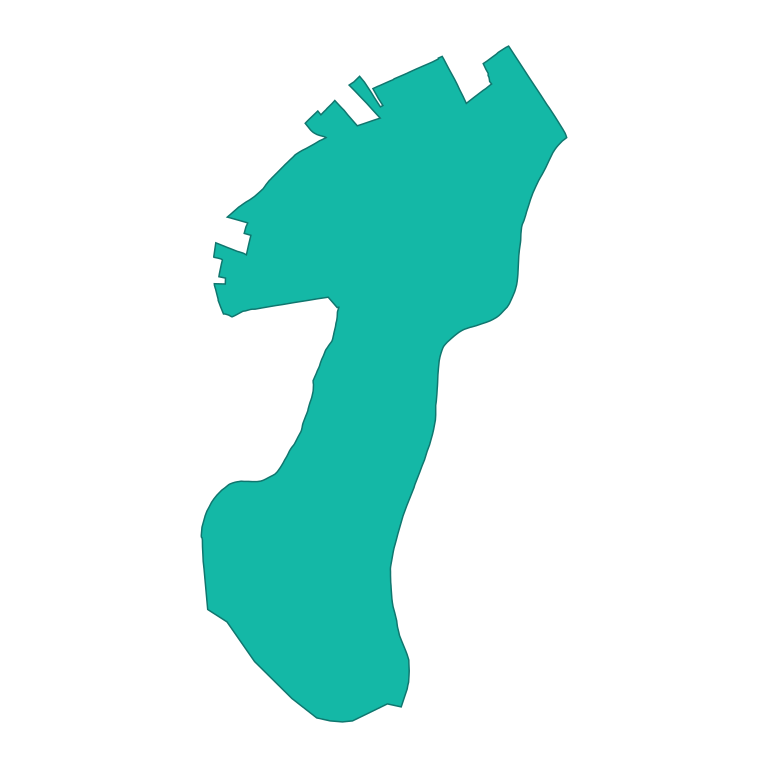 the district of Kim Son, Ninh Bình, Vietnam
{"feature_id": "81297802B55928452292311", "entity_name": "Kim Son", "entity_type": "district", "adm_level": 2, "iso_a3": "VNM", "parent_name": "Vietnam", "parent_adm1": "Ninh Bình", "projection": "albers", "projection_center": [106.082, 20.036], "detail": "fine", "context": "isolated", "style": "filled", "palette": "teal", "viewbox_px": 768, "rotation_deg": 0, "n_neighbors": 0, "source": "geoboundaries", "source_scale": "gbopen_adm2", "svg_char_len": 6031}
<svg xmlns="http://www.w3.org/2000/svg" viewBox="0 0 768 768"><path d="M566.7,137.6L565.9,135.2L565.1,133.2L562.7,129.0L554.9,116.5L549.2,107.8L546.9,104.6L541.3,95.9L529.1,77.5L523.0,68.1L516.6,58.3L509.5,47.4L508.6,46.1L505.8,47.5L503.3,49.1L499.4,51.6L498.1,52.5L496.4,54.1L491.9,57.4L486.8,61.2L483.2,63.6L485.9,69.3L488.2,73.4L488.1,75.5L488.2,75.8L488.9,77.1L489.2,78.5L489.5,80.4L489.6,81.4L489.9,81.8L491.6,84.0L490.0,85.2L487.5,87.2L485.8,88.6L483.1,90.4L473.7,97.6L466.3,103.4L463.1,96.5L459.5,89.4L457.3,84.6L454.6,79.3L449.0,69.1L443.7,59.0L442.2,56.4L438.3,58.1L438.4,58.7L438.2,59.0L437.9,59.2L432.4,62.0L429.0,63.5L424.8,65.3L422.7,66.2L417.9,68.3L417.4,68.5L411.2,71.3L404.5,74.4L394.2,78.8L392.9,79.8L390.2,80.9L385.9,82.8L379.2,85.8L378.1,86.2L372.9,88.6L378.4,98.5L382.9,105.5L380.4,106.9L374.3,97.5L371.4,92.7L364.5,82.2L359.6,76.3L353.8,82.0L351.9,83.2L349.1,85.1L355.1,91.2L360.7,97.1L366.6,103.2L371.9,109.1L377.3,115.0L380.2,118.1L373.5,120.3L364.5,123.4L357.3,125.8L347.7,114.8L344.1,110.3L341.8,108.0L340.0,106.1L334.8,100.5L332.0,103.6L327.1,108.4L325.9,109.8L324.3,111.3L320.9,114.8L317.8,111.0L309.0,119.4L306.9,121.5L305.2,123.3L310.5,129.9L311.6,131.0L313.2,132.4L314.5,133.2L316.9,134.5L319.8,135.5L324.4,136.7L325.7,137.3L326.1,137.6L322.2,139.6L319.5,140.8L314.9,143.6L312.8,144.8L305.9,148.6L302.4,150.3L299.0,152.3L295.3,154.7L292.8,157.3L290.6,159.3L286.8,163.0L285.4,164.3L279.1,170.7L271.5,178.3L270.9,179.0L270.1,179.8L269.3,180.5L268.2,181.9L265.9,184.8L265.5,185.4L264.7,186.6L263.8,187.8L263.1,188.8L262.4,189.4L259.3,192.3L254.5,196.5L250.8,199.1L249.5,200.0L246.2,201.9L242.1,204.7L241.4,205.3L238.7,207.1L234.4,210.9L227.3,217.1L239.5,220.5L242.2,221.3L246.8,222.6L247.7,223.0L246.7,225.3L246.1,226.4L245.8,227.3L244.4,232.6L244.2,233.4L250.9,235.3L248.7,244.4L246.4,254.8L243.3,253.2L241.8,252.7L239.0,251.8L237.4,251.4L230.1,248.5L228.2,247.8L215.8,242.8L213.8,256.5L213.8,257.1L214.0,257.3L217.9,258.1L220.5,258.8L221.7,259.3L222.1,259.6L222.4,260.0L221.5,263.5L219.4,273.6L218.9,276.7L225.5,278.1L225.3,284.0L217.2,283.8L214.3,283.7L214.4,285.1L215.1,287.7L215.6,289.2L217.2,295.6L218.1,299.0L218.2,300.5L218.7,301.8L220.6,306.9L223.5,314.0L224.1,314.0L225.0,314.0L225.8,314.2L226.8,314.5L228.1,314.9L228.9,315.2L231.5,316.7L232.0,316.8L232.3,316.8L232.9,316.5L234.0,316.0L235.8,315.1L239.3,313.2L242.3,311.6L242.6,311.4L243.2,311.2L243.9,311.1L245.4,310.9L247.5,310.3L250.3,309.5L251.5,309.3L252.3,309.2L253.8,309.2L255.5,309.1L262.1,307.9L275.5,305.6L282.2,304.6L294.5,302.5L308.5,300.3L317.4,298.8L328.2,297.2L337.1,307.5L338.5,307.3L338.8,307.3L338.6,308.0L338.2,309.4L338.0,310.2L337.7,310.9L337.4,312.2L337.4,312.7L337.2,316.8L337.1,317.6L336.8,319.8L336.5,321.3L336.0,323.1L335.8,324.5L335.5,326.5L335.2,327.8L334.8,329.4L334.5,330.7L334.2,331.9L333.8,333.6L333.7,334.4L333.3,336.0L332.8,338.4L332.3,340.1L332.2,340.4L332.0,340.8L331.8,341.3L331.3,342.0L330.8,342.7L330.1,343.6L328.7,345.5L327.7,347.1L326.5,348.8L326.0,349.5L325.5,350.4L325.1,351.4L324.6,352.7L324.0,354.3L323.3,356.0L322.4,357.9L321.7,359.4L321.0,361.3L320.3,363.3L319.6,365.7L318.9,367.5L317.4,370.6L316.1,373.9L314.6,377.2L313.6,379.6L313.1,380.6L313.2,382.7L313.5,384.8L313.4,386.3L313.3,388.8L313.2,390.6L313.1,391.3L312.9,392.3L312.3,395.0L311.7,397.6L310.8,400.3L309.9,402.8L309.1,405.5L308.5,407.7L308.2,408.8L308.0,409.6L307.9,410.5L307.4,411.9L306.6,414.0L305.8,415.9L305.1,417.7L304.3,419.8L303.3,422.4L302.8,423.9L302.5,425.1L302.1,427.5L301.7,429.3L301.3,430.7L300.8,431.9L299.9,433.5L299.2,434.8L298.4,436.3L298.1,436.8L297.0,439.0L295.4,442.1L294.4,444.0L293.5,445.3L292.6,446.3L291.6,447.6L290.6,449.1L289.3,451.3L289.0,452.0L287.9,454.3L286.7,456.6L284.6,460.1L283.2,462.8L281.3,466.0L280.2,467.7L278.3,470.4L277.2,471.9L276.1,473.0L275.3,473.8L274.6,474.4L273.8,474.8L272.8,475.4L270.6,476.5L268.1,477.8L265.7,479.1L263.4,480.2L262.0,480.7L260.7,481.1L259.3,481.3L257.1,481.6L254.7,481.6L252.1,481.6L248.2,481.4L244.0,481.4L241.4,481.2L240.3,481.3L238.7,481.6L237.7,481.7L235.2,482.2L232.8,482.9L229.9,484.0L228.7,484.7L226.0,486.9L225.2,487.6L221.7,490.2L217.2,494.8L214.1,498.6L211.5,502.4L209.2,506.9L206.9,511.1L205.2,515.6L202.0,527.1L201.3,535.2L201.3,536.2L201.4,537.1L202.0,537.8L202.4,539.8L202.5,546.8L202.9,554.5L203.2,561.4L204.0,568.6L205.5,585.2L207.7,609.5L227.0,621.9L254.6,661.6L291.9,698.5L316.7,717.9L330.2,720.9L342.4,721.9L352.5,720.9L387.4,703.9L401.2,706.9L407.2,688.9L407.8,685.4L408.6,682.2L409.0,675.6L409.2,670.9L408.9,663.5L408.9,663.4L408.8,660.0L407.1,654.5L405.7,650.8L401.5,640.6L399.5,635.5L398.8,632.3L397.5,627.0L397.0,623.5L396.7,620.8L394.8,613.0L393.1,606.8L392.4,602.7L391.9,598.8L391.1,587.9L391.0,585.7L390.7,582.4L390.6,578.7L390.5,575.3L390.5,571.8L390.4,568.8L390.6,566.7L391.1,563.8L391.8,560.0L393.3,551.5L394.1,547.8L395.1,544.3L396.2,540.3L397.8,534.1L403.0,516.0L406.7,505.9L414.0,487.6L414.8,484.8L417.5,477.9L419.8,472.0L422.2,465.5L424.5,459.9L427.2,451.1L429.5,445.0L432.5,434.3L433.6,429.6L435.4,420.0L435.7,414.9L435.7,405.5L436.3,401.2L436.9,394.0L437.2,388.8L437.4,386.5L437.6,382.8L437.9,375.0L438.5,367.8L439.2,360.8L440.0,356.8L440.8,353.9L441.9,350.5L443.0,347.6L444.0,345.9L445.5,344.1L447.6,341.8L447.8,341.7L451.2,338.6L454.2,336.0L456.7,334.0L459.1,332.2L461.9,330.5L464.3,329.3L465.5,328.9L470.2,327.3L471.6,327.0L476.2,325.7L481.7,323.8L486.6,322.2L490.2,320.8L493.0,319.4L496.5,317.4L498.9,315.6L501.0,313.6L503.9,310.5L506.0,308.3L507.1,307.2L508.8,304.6L509.4,303.6L511.5,299.1L512.3,297.3L514.6,291.9L515.4,289.4L516.6,284.9L517.2,281.2L517.6,277.6L517.9,274.1L518.2,267.9L518.5,261.8L518.8,255.7L519.4,249.9L519.8,247.0L520.5,242.2L520.7,240.2L520.9,233.9L521.6,227.2L522.2,224.7L522.6,223.7L523.9,220.7L525.6,215.4L526.6,211.7L528.6,205.6L530.6,199.2L533.0,192.7L535.9,186.3L538.6,180.6L540.5,177.2L542.2,174.3L543.8,171.3L545.7,167.7L549.3,160.0L552.9,152.6L553.7,151.4L554.9,149.5L556.6,147.2L558.2,145.3L560.1,143.3L562.3,141.0L565.8,138.3L566.7,137.6Z" fill="#14b8a6" stroke="#0f766e" stroke-width="1.5"/></svg>